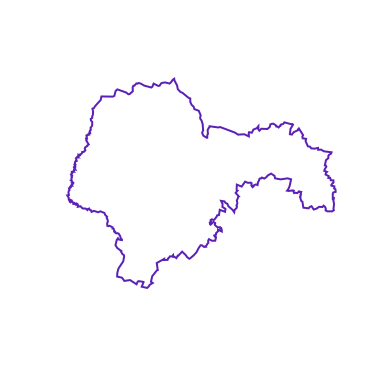 the district of Kanturk Lea-4, Cork, Ireland, rotated 33°
{"feature_id": "5873133B26556088806881", "entity_name": "Kanturk Lea-4", "entity_type": "district", "adm_level": 2, "iso_a3": "IRL", "parent_name": "Ireland", "parent_adm1": "Cork", "projection": "orthographic", "projection_center": [-8.958, 52.204], "detail": "fine", "context": "isolated", "style": "outline", "palette": "violet", "viewbox_px": 384, "rotation_deg": 33, "n_neighbors": 0, "source": "geoboundaries", "source_scale": "gbopen_adm2", "svg_char_len": 5957}
<svg xmlns="http://www.w3.org/2000/svg" viewBox="0 0 384 384"><g transform="rotate(33 192 192)"><path d="M206.6,296.9L207.2,294.6L207.0,293.1L208.6,289.7L206.5,289.7L204.5,284.3L205.3,276.2L205.7,276.0L201.1,270.8L205.0,263.4L205.4,264.4L208.5,262.2L208.1,260.7L208.6,259.3L208.4,258.2L210.3,256.9L210.5,255.2L211.7,256.6L212.6,255.9L214.9,256.0L214.7,253.3L215.1,253.3L216.2,247.4L221.5,248.4L223.0,249.2L226.1,249.5L226.5,248.9L227.9,244.2L228.6,240.0L228.1,235.7L228.2,232.0L229.4,231.3L232.0,231.5L233.3,230.5L232.8,230.3L233.3,229.4L233.1,226.7L233.4,225.9L232.0,223.8L231.9,222.3L235.3,222.0L238.0,220.2L236.8,216.8L235.4,217.0L234.3,216.3L235.4,214.8L234.6,213.5L235.2,210.7L234.4,209.5L238.5,208.9L237.5,207.5L236.2,206.4L235.6,207.2L234.6,206.3L232.7,207.7L230.0,207.4L228.9,207.0L228.4,205.4L226.3,205.4L225.4,209.3L224.8,209.3L223.5,207.9L224.0,206.3L222.9,205.4L223.6,204.0L225.2,203.8L225.8,203.1L226.1,199.2L225.8,197.8L227.2,196.7L225.0,191.8L230.5,190.6L229.2,187.9L225.7,188.0L224.1,185.3L221.2,183.6L224.3,182.2L226.2,182.9L228.1,182.6L230.2,184.1L235.8,184.9L238.4,186.0L237.5,183.9L238.1,181.0L237.5,179.5L236.7,179.2L236.2,176.7L234.2,174.7L233.8,172.1L233.2,170.6L233.6,170.2L229.1,169.0L229.4,166.3L228.9,166.6L228.0,165.5L225.6,161.4L230.7,160.4L230.9,154.4L233.8,153.9L236.3,152.1L237.2,152.2L238.3,154.3L240.2,154.9L240.6,153.5L240.1,153.0L240.8,151.8L241.6,150.8L243.2,150.5L242.0,147.8L241.9,145.6L241.4,144.4L241.8,143.4L242.6,142.9L242.8,141.8L245.3,141.4L246.3,138.9L246.5,136.9L248.3,133.5L252.4,133.5L254.2,135.3L259.5,133.1L264.7,128.5L268.2,127.4L270.6,133.7L271.2,137.1L271.0,139.1L272.5,138.5L275.9,135.6L276.7,135.5L276.8,136.4L278.3,137.3L279.1,136.3L280.9,135.6L281.2,134.1L281.7,133.7L281.5,133.2L283.3,132.6L283.2,133.2L283.8,133.3L284.8,135.1L284.5,135.3L285.7,137.1L285.4,137.4L288.5,140.0L289.9,140.0L293.9,144.5L298.7,142.2L298.9,140.4L300.0,138.8L303.6,140.4L305.5,138.1L306.6,135.3L309.6,133.5L309.8,131.8L311.7,132.0L313.4,133.2L314.1,134.7L316.0,134.5L320.1,131.9L320.9,130.0L319.9,129.2L317.6,124.6L315.2,122.1L314.4,120.1L313.8,121.0L311.1,117.0L310.7,115.5L312.4,113.6L310.8,111.6L309.2,111.6L309.1,110.9L308.3,109.7L305.5,110.8L305.0,110.3L305.1,108.0L305.5,107.5L305.3,106.6L304.2,105.2L302.0,106.6L300.2,104.9L298.7,105.9L298.0,104.2L294.5,104.6L293.9,103.1L294.2,101.6L291.4,102.2L290.9,100.5L290.9,97.6L289.8,96.9L288.9,97.3L287.0,92.3L287.9,89.4L286.7,87.5L286.6,86.4L287.7,84.1L287.4,82.7L280.5,86.0L277.1,86.2L274.8,87.9L273.7,86.4L271.3,88.8L268.2,90.5L266.4,89.7L264.3,90.6L259.6,87.5L258.7,85.3L255.6,86.7L254.3,85.3L254.2,83.8L247.0,80.5L246.8,81.8L247.2,82.4L244.7,86.5L244.5,89.5L242.6,90.2L240.2,85.3L240.1,80.6L239.1,80.3L238.3,81.1L231.5,83.3L231.5,85.2L229.7,87.2L230.2,88.3L229.7,88.9L229.5,90.7L227.9,90.6L227.0,91.2L226.1,90.4L223.0,90.4L221.7,91.5L220.9,92.6L221.8,95.0L220.9,98.1L215.7,101.2L215.1,103.9L213.0,103.0L212.4,101.4L212.1,101.2L211.8,100.7L211.5,103.3L209.5,106.2L209.9,109.7L207.3,110.7L207.4,111.6L209.4,114.4L204.4,115.1L199.4,118.8L195.6,118.8L180.2,122.2L178.8,123.6L170.9,127.3L171.4,128.3L171.1,129.3L171.4,131.6L173.6,134.4L173.9,136.0L175.2,138.2L174.9,138.4L174.4,137.9L173.8,138.5L170.8,138.6L168.3,136.9L167.7,134.1L163.9,129.2L161.0,126.8L159.3,126.2L158.1,124.9L157.6,123.0L153.4,120.2L148.9,121.2L146.8,119.5L144.2,119.1L141.5,117.4L139.6,114.5L138.0,114.9L129.9,114.0L127.9,114.4L124.1,113.5L121.5,110.8L116.5,108.0L115.4,106.7L114.8,108.1L114.6,111.8L114.1,113.3L109.9,114.7L107.9,116.4L107.0,117.5L106.9,120.5L106.0,121.4L100.8,122.0L101.4,125.3L101.0,126.5L94.0,128.8L89.9,129.0L88.0,129.6L87.2,130.9L86.2,131.2L85.8,134.2L85.0,134.7L85.2,136.5L87.5,139.8L86.3,143.9L85.4,144.7L82.7,144.4L73.5,146.6L72.9,148.7L74.5,153.7L73.7,155.1L64.0,161.2L65.3,164.4L64.0,172.6L64.0,175.2L63.1,176.3L65.3,178.5L66.9,181.4L67.1,182.9L68.0,184.2L67.3,185.9L68.3,187.0L70.2,187.6L72.1,190.7L72.0,193.5L73.3,195.0L73.4,195.7L73.0,196.1L73.4,197.6L73.9,197.5L74.7,198.3L74.0,199.0L73.2,201.0L73.7,200.9L72.9,201.9L73.3,202.0L73.5,203.2L74.4,203.9L74.1,204.6L74.6,204.7L74.3,205.1L75.3,205.8L75.3,206.4L79.5,208.4L78.8,210.2L79.1,210.6L78.1,212.8L78.5,214.1L79.8,215.0L79.7,215.9L79.2,215.5L79.7,216.3L79.0,217.7L78.1,218.2L78.6,219.9L77.7,221.4L78.0,221.9L77.0,222.2L76.9,222.9L77.7,223.0L77.5,223.6L76.9,223.4L77.4,224.2L76.7,224.6L76.7,225.3L77.4,225.3L76.4,226.0L76.3,227.0L78.4,228.7L77.7,229.8L78.3,230.4L77.6,230.1L77.6,230.8L78.5,231.9L78.3,232.8L78.8,233.2L78.8,232.7L79.4,232.6L79.6,233.3L79.2,233.6L79.8,233.5L80.4,234.5L79.5,234.6L79.4,235.5L81.4,236.5L80.7,236.6L81.0,238.0L81.6,238.3L81.0,239.8L81.3,239.8L80.3,240.5L81.2,241.3L80.8,242.0L81.4,242.6L81.2,243.3L82.3,243.5L82.1,244.0L82.8,245.0L83.0,244.0L83.8,246.9L85.0,248.0L84.6,248.3L87.2,248.9L86.5,249.9L87.6,250.1L87.2,251.6L88.1,252.0L87.2,252.6L87.7,253.5L87.0,254.0L87.6,254.8L86.8,255.9L88.2,257.0L88.0,258.0L88.6,259.6L90.4,261.6L89.2,262.8L91.8,264.0L92.7,265.4L93.6,265.4L93.7,266.0L95.1,266.8L95.5,266.8L95.3,266.1L94.3,265.9L94.2,264.8L95.8,264.6L96.9,265.7L98.5,265.4L98.9,266.6L99.6,266.3L99.3,265.7L99.5,265.3L100.8,265.5L101.3,264.5L102.2,264.7L101.7,265.2L102.0,265.7L102.8,264.6L103.8,265.2L104.3,266.6L106.2,264.7L109.1,265.4L111.9,263.8L114.0,264.1L113.9,263.0L114.8,261.9L115.7,262.7L117.2,262.3L118.6,263.4L119.9,261.3L124.3,260.1L125.7,258.1L130.0,257.3L131.7,258.5L134.3,259.0L134.6,260.3L136.1,261.0L137.6,262.7L137.8,264.3L139.4,266.5L140.5,266.2L141.3,265.2L144.7,264.9L145.2,265.9L146.3,265.5L147.8,266.9L148.9,267.1L148.7,267.7L150.9,268.0L151.9,267.1L153.3,266.9L156.1,268.3L157.7,269.9L159.0,269.9L159.4,270.5L158.7,270.9L156.1,271.8L155.1,271.2L155.0,273.2L156.8,278.3L159.9,279.7L164.8,280.0L164.7,280.5L167.3,281.9L169.2,282.0L170.0,282.7L172.1,287.5L172.0,296.2L173.4,300.5L175.3,303.7L179.9,302.0L183.7,303.4L188.0,299.6L195.7,299.6L195.3,296.7L195.8,295.8L200.1,293.9L200.5,293.9L201.4,298.8L206.6,296.9Z" fill="none" stroke="#5b21b6" stroke-width="2"/></g></svg>